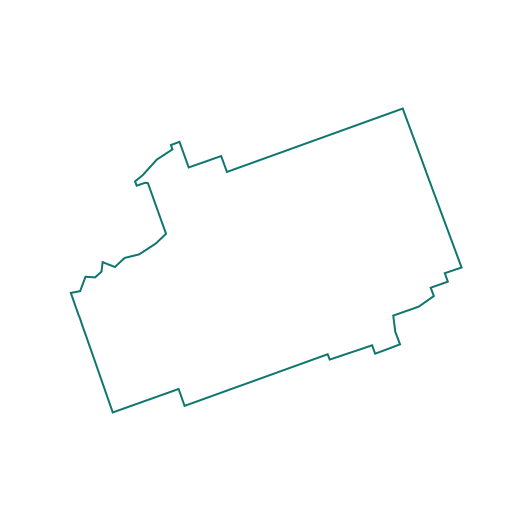 outline of Scott, Arkansas, United States of America, rotated 339°
{"feature_id": "52423323B55243158693426", "entity_name": "Scott", "entity_type": "district", "adm_level": 2, "iso_a3": "USA", "parent_name": "United States of America", "parent_adm1": "Arkansas", "projection": "albers", "projection_center": [-94.153, 34.883], "detail": "fine", "context": "isolated", "style": "outline", "palette": "teal", "viewbox_px": 512, "rotation_deg": 339, "n_neighbors": 0, "source": "geoboundaries", "source_scale": "gbopen_adm2", "svg_char_len": 789}
<svg xmlns="http://www.w3.org/2000/svg" viewBox="0 0 512 512"><g transform="rotate(339 256 256)"><path d="M443.8,340.4L444.9,241.7L445.2,225.0L445.8,170.9L259.0,167.1L259.3,150.2L224.9,149.2L225.5,122.0L216.4,121.9L216.2,126.5L197.8,130.5L179.1,140.0L169.8,143.0L169.8,144.2L169.8,147.6L178.9,147.9L181.2,149.3L180.2,192.3L180.0,203.0L167.0,208.4L147.4,212.6L132.7,210.7L120.3,215.7L110.6,206.8L106.2,215.2L98.1,218.3L89.4,214.3L79.2,225.8L69.9,224.1L69.2,247.7L69.3,248.7L69.3,250.9L68.9,260.4L68.7,269.0L68.7,270.6L68.6,272.6L68.1,289.8L66.2,350.7L136.1,352.4L135.6,370.3L287.7,373.4L287.7,379.1L332.4,381.0L332.2,389.9L358.8,390.1L358.9,376.5L362.8,360.8L389.8,361.6L407.7,357.1L407.7,348.2L425.9,348.7L426.1,339.7L443.8,340.4Z" fill="none" stroke="#0f766e" stroke-width="2"/></g></svg>